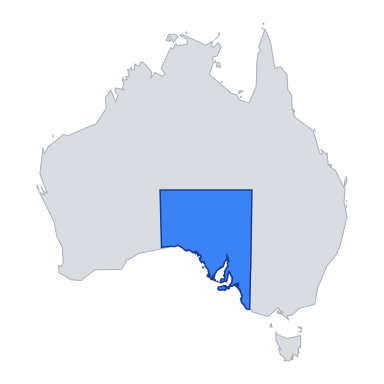 Australia, with South Australia highlighted
{"feature_id": "AUS-2655", "entity_name": "South Australia", "entity_type": "State", "adm_level": 1, "iso_a3": "AUS", "parent_name": "Australia", "parent_adm1": "", "projection": "equal_earth", "projection_center": [136.572, -32.035], "detail": "fine", "context": "in_parent", "style": "filled", "palette": "blue", "viewbox_px": 384, "rotation_deg": 0, "n_neighbors": 0, "source": "natural_earth", "source_scale": "10m", "svg_char_len": 9504}
<svg xmlns="http://www.w3.org/2000/svg" viewBox="0 0 384 384"><path d="M270.6,42.5L274.9,68.1L280.6,66.8L287.0,74.4L287.8,89.9L291.6,95.3L292.3,109.7L294.9,117.1L313.1,130.8L319.8,153.3L321.8,154.4L322.3,150.5L326.2,154.5L326.9,152.5L328.2,163.8L330.5,167.2L335.6,170.7L345.0,189.6L344.0,202.2L347.0,217.2L340.3,244.9L336.2,254.8L326.8,266.1L317.5,288.0L314.7,304.3L299.6,308.2L291.9,315.1L287.3,315.7L288.4,319.6L281.5,313.9L282.6,312.5L282.2,311.1L280.9,311.1L278.4,313.6L276.7,312.0L279.7,309.7L278.1,307.8L268.0,316.6L253.0,312.2L241.3,301.6L241.0,293.2L235.6,285.6L237.9,285.9L237.9,283.6L229.8,285.9L232.3,280.2L229.2,271.8L226.2,281.3L220.3,282.3L221.3,279.1L224.1,279.1L228.1,266.1L227.0,256.2L223.0,266.5L217.0,270.5L213.0,276.6L213.6,279.8L211.3,279.3L207.4,275.9L209.8,275.9L208.1,269.8L204.3,262.9L201.2,262.0L200.7,255.9L177.5,245.5L138.8,253.4L126.7,260.5L121.6,269.4L94.7,269.9L80.8,280.5L70.9,279.8L59.2,272.7L58.5,265.4L61.3,266.6L63.3,262.3L62.3,247.4L56.8,236.1L54.1,221.9L39.3,191.9L44.5,195.1L40.9,185.9L43.4,191.3L47.2,193.0L39.9,173.9L43.0,147.5L44.3,153.7L48.3,146.9L63.3,134.7L68.7,135.4L96.3,123.7L106.4,108.0L105.4,97.7L110.8,90.3L115.8,101.7L118.1,95.4L114.9,90.8L115.8,88.0L125.0,89.9L122.1,88.8L123.9,84.2L122.2,80.2L127.1,79.7L125.3,76.7L129.4,76.3L127.9,72.0L131.3,67.1L131.7,70.0L134.5,69.6L134.7,64.1L138.8,66.1L141.4,61.6L145.8,64.7L151.8,72.4L150.8,78.5L154.8,72.6L163.2,76.5L164.8,73.2L161.1,68.5L170.7,47.6L172.7,49.0L176.0,43.7L177.2,45.9L187.3,44.3L187.0,39.2L180.2,35.5L181.3,34.2L205.8,45.1L212.9,41.1L211.1,45.2L214.1,47.5L217.8,42.5L221.0,46.7L217.2,56.1L212.9,56.9L213.1,63.7L209.2,74.2L231.2,93.2L237.2,95.2L239.1,99.7L249.0,102.8L256.2,86.4L256.9,62.2L258.1,53.1L260.6,50.9L258.7,46.7L265.0,29.1L270.6,42.5ZM275.8,333.9L287.0,338.5L300.6,335.6L300.7,348.2L299.9,346.0L298.5,348.6L297.7,356.8L293.1,353.5L289.7,361.0L284.0,360.4L285.2,358.3L280.4,354.7L278.6,348.4L280.8,349.5L275.9,340.6L275.8,333.9ZM168.7,34.3L175.8,34.3L178.0,37.0L173.3,42.2L168.7,34.3ZM217.8,288.6L229.4,288.2L224.4,290.3L217.8,288.6ZM219.2,62.3L220.6,67.5L216.2,66.6L216.9,62.9L219.2,62.3ZM344.4,187.4L344.4,181.7L346.3,177.0L346.8,180.4L344.4,187.4ZM297.9,326.5L301.6,327.5L301.6,329.3L297.9,326.5ZM168.0,35.9L170.6,41.0L166.1,40.7L168.0,35.9ZM272.0,327.2L269.8,326.8L271.1,323.7L272.0,327.2ZM242.7,91.1L240.6,92.6L238.4,93.5L239.5,90.6L242.7,91.1ZM39.2,190.5L37.3,187.8L37.0,185.2L37.3,185.1L39.2,190.5ZM300.7,331.0L302.1,332.2L299.4,331.2L300.7,331.0ZM329.7,164.6L331.3,164.6L331.1,167.1L329.7,164.6ZM292.8,109.4L294.7,111.0L294.3,111.9L292.8,109.4ZM292.7,357.9L292.8,359.9L291.4,359.3L292.7,357.9ZM346.3,204.3L346.3,207.4L346.1,207.4L346.3,204.3ZM186.6,34.1L185.5,32.7L186.2,31.9L186.6,34.1ZM219.4,34.4L217.7,37.0L219.7,32.4L219.4,34.4ZM346.7,200.6L345.9,201.6L346.5,200.5L346.7,200.6ZM221.9,82.0L221.0,82.6L221.5,81.3L221.9,82.0ZM215.7,62.1L214.5,62.4L215.2,60.8L215.7,62.1ZM53.3,134.8L53.1,136.9L52.5,136.7L53.3,134.8ZM262.9,27.9L262.8,29.7L262.4,28.4L262.9,27.9ZM280.8,311.8L281.1,312.8L280.7,312.5L280.8,311.8ZM217.2,37.7L214.9,39.5L217.3,37.3L217.2,37.7ZM128.0,69.4L127.2,70.7L127.7,69.2L128.0,69.4ZM293.6,356.5L292.9,356.9L293.3,356.1L293.6,356.5ZM241.6,97.2L240.4,97.2L241.0,96.1L241.6,97.2ZM123.5,78.8L122.8,79.5L122.8,77.8L123.5,78.8ZM299.3,352.2L298.3,352.8L298.6,351.7L299.3,352.2ZM263.7,23.0L263.6,24.3L262.9,23.7L263.7,23.0ZM280.2,313.2L281.2,314.1L279.6,313.8L280.2,313.2ZM315.3,130.7L314.5,130.8L314.9,129.4L315.3,130.7ZM321.6,150.3L321.2,150.3L321.5,149.2L321.6,150.3ZM276.4,332.4L276.1,333.2L275.9,332.2L276.4,332.4Z" fill="#d9dde1" stroke="#a8b0b8" stroke-width="1"/><path d="M200.4,255.4L199.9,254.9L199.5,255.1L199.3,255.0L198.9,255.5L198.5,255.4L198.2,255.8L197.9,255.9L197.8,255.7L197.9,254.8L198.1,254.4L198.3,254.7L198.5,254.3L197.6,252.9L197.2,253.1L197.1,252.6L196.6,252.4L196.6,252.1L196.4,251.9L196.5,251.7L196.3,251.5L195.8,251.5L195.6,252.2L195.1,251.9L195.0,251.6L194.6,251.8L194.6,252.0L195.0,252.2L195.1,252.5L194.7,252.4L194.5,252.6L193.7,252.4L193.5,252.6L192.9,252.3L192.6,252.4L191.7,251.4L191.3,251.6L191.2,251.2L189.8,250.0L187.8,249.9L187.5,250.0L187.4,250.3L187.6,250.7L187.5,250.8L186.9,250.6L186.4,250.8L185.7,250.8L185.2,250.4L184.5,249.6L182.3,247.8L180.4,246.6L177.8,245.3L177.4,245.3L176.4,246.0L174.9,246.6L170.2,246.2L169.6,246.4L168.6,246.4L167.1,246.7L165.5,246.7L164.9,246.9L163.0,247.1L162.6,247.3L161.5,247.4L160.1,190.0L251.9,190.0L250.7,270.4L250.5,270.0L249.7,309.4L247.7,309.4L247.1,309.2L246.1,308.2L245.7,308.0L245.4,307.7L245.2,307.0L244.6,305.6L243.6,304.7L243.8,304.6L243.7,304.2L243.1,303.9L243.0,304.0L242.8,303.9L241.4,301.8L241.0,301.0L241.3,300.7L241.0,299.8L240.9,299.3L240.5,298.8L241.6,298.1L241.8,297.8L242.0,297.0L241.9,295.6L241.0,293.2L239.9,290.4L239.5,290.0L239.1,289.2L237.2,287.2L235.2,285.5L235.5,285.4L235.8,285.6L239.0,288.9L239.9,290.1L240.6,291.8L240.6,291.4L240.1,289.8L239.2,288.6L238.8,288.4L237.1,286.6L236.1,285.8L236.1,285.5L236.3,285.5L236.4,285.1L236.8,284.8L237.5,285.2L237.4,285.9L237.7,286.1L237.4,286.5L237.5,286.6L238.0,286.7L238.3,286.6L238.4,285.7L237.4,284.9L237.9,284.6L238.4,284.7L238.6,284.4L238.4,284.1L238.5,283.6L238.4,283.5L238.1,283.8L238.0,283.4L237.8,283.2L237.1,283.0L237.3,283.1L237.2,283.3L236.6,283.7L236.0,283.7L235.5,284.0L235.5,284.4L236.0,284.8L236.0,285.0L235.2,284.8L234.9,284.5L234.3,284.6L234.5,284.9L235.1,284.9L235.4,285.1L235.6,285.1L235.8,285.2L235.7,285.2L234.8,285.4L234.4,285.2L233.9,285.2L233.2,285.4L232.9,285.9L232.4,286.2L231.7,286.3L230.5,286.2L230.0,286.5L229.6,286.3L229.3,286.0L229.5,285.2L230.4,284.7L231.1,283.7L231.7,283.3L231.8,282.5L232.0,282.1L231.9,281.7L231.9,281.0L232.3,280.3L232.1,278.7L232.2,277.9L232.2,277.7L232.5,277.8L232.6,278.0L232.6,277.8L232.5,277.4L231.8,276.9L231.7,276.4L231.2,275.9L231.0,275.3L230.7,275.1L230.2,273.3L230.1,273.0L229.7,272.7L229.7,272.3L229.1,271.4L228.6,272.6L228.8,273.2L228.0,274.2L227.7,275.3L227.7,275.9L227.9,276.3L227.6,276.9L227.6,277.7L227.2,278.6L226.9,279.7L226.9,280.3L226.7,280.5L226.7,281.2L226.1,281.7L225.3,281.2L224.3,281.1L223.6,281.6L222.9,281.6L222.4,282.3L221.5,282.1L220.5,282.8L220.3,282.8L220.0,282.4L220.1,281.9L220.7,281.4L220.9,280.9L220.7,280.2L221.0,279.9L221.0,279.6L221.3,279.0L222.2,279.2L223.1,279.0L224.1,279.5L224.5,279.1L224.5,278.0L225.0,276.2L224.7,275.3L224.7,274.7L224.2,274.8L224.8,273.7L224.8,272.5L224.5,271.7L224.9,271.6L225.2,271.0L225.3,270.7L225.1,270.3L225.8,269.4L225.6,269.0L226.5,268.1L226.9,267.2L227.1,267.2L227.7,266.2L227.9,266.1L227.9,266.5L228.1,266.4L228.1,265.5L227.6,264.3L227.6,263.9L227.3,263.2L227.2,262.9L227.5,262.2L228.3,261.8L228.9,261.7L228.9,261.2L228.7,260.6L228.3,260.4L227.9,258.3L227.9,258.1L228.2,257.9L227.8,257.5L227.5,257.4L227.5,256.9L227.2,256.4L227.3,256.1L227.1,256.0L227.0,255.6L226.8,256.2L226.8,257.3L227.1,257.7L227.2,258.8L227.0,259.5L226.8,259.5L227.0,260.2L226.6,260.3L226.2,259.9L225.9,260.0L225.6,260.3L225.6,260.7L225.0,261.4L224.6,261.7L224.4,262.5L224.1,263.2L223.9,264.4L223.5,265.3L222.9,266.8L222.3,267.3L221.3,267.5L220.8,267.1L220.3,267.8L220.9,267.8L220.3,268.2L219.8,268.3L219.1,268.9L218.3,269.2L218.1,269.4L218.1,269.7L216.5,270.9L216.4,271.4L215.5,273.2L214.8,273.6L214.7,273.9L214.8,274.1L214.6,274.3L214.7,274.9L214.6,275.4L214.3,274.9L213.4,275.4L213.2,275.9L213.4,276.4L213.3,276.6L213.0,276.3L212.9,276.7L212.8,277.1L213.0,277.5L212.6,277.7L212.4,278.0L212.5,278.2L212.9,278.2L213.4,277.7L213.7,277.8L213.8,277.4L214.0,277.4L213.9,278.2L213.6,278.7L213.9,279.7L213.6,280.0L213.4,279.9L213.3,279.5L212.8,279.2L212.5,278.7L212.2,278.5L211.9,278.6L211.7,278.9L211.5,279.1L211.6,279.4L211.1,279.5L210.9,278.8L209.9,277.3L209.1,276.9L208.8,276.9L209.0,276.4L208.6,276.0L208.2,275.7L207.4,276.1L207.6,275.1L208.0,274.4L208.0,275.0L208.9,275.3L208.7,275.7L209.0,275.9L209.0,276.1L209.2,276.3L209.5,276.5L210.2,276.2L209.7,276.0L209.7,275.5L209.5,275.8L209.3,275.7L209.2,275.2L209.4,275.1L209.4,274.8L209.1,274.2L209.0,272.9L208.7,271.9L208.4,271.9L208.2,271.5L208.5,271.3L208.4,270.3L207.8,269.1L207.5,268.9L206.5,267.7L205.2,266.6L205.3,266.5L205.3,266.3L205.4,265.7L205.4,265.1L205.0,263.8L204.0,262.7L204.4,262.6L204.2,262.1L203.3,261.8L203.2,262.1L203.7,262.2L203.9,262.6L203.6,262.8L203.4,262.3L202.5,261.9L201.8,262.1L201.6,261.9L201.5,262.4L201.1,262.0L200.7,260.8L200.2,260.8L200.1,260.6L200.5,260.4L200.4,259.8L200.2,259.8L199.5,259.7L199.4,259.5L199.9,259.0L199.9,258.7L199.5,257.7L200.6,257.7L200.4,258.1L200.4,258.3L200.5,258.4L201.2,257.2L201.0,256.3L200.4,255.4ZM229.4,287.8L229.4,288.3L229.1,288.4L228.8,288.8L228.5,288.8L228.0,288.4L227.2,288.3L225.8,288.8L225.6,289.1L225.7,289.5L225.6,289.9L224.5,290.4L223.9,289.7L222.8,289.4L222.5,289.6L222.4,289.9L222.2,290.0L221.3,289.8L220.6,290.1L220.2,289.9L219.1,290.2L218.7,289.4L218.2,289.2L217.8,288.8L218.1,287.7L218.1,287.4L218.9,287.2L219.7,286.8L221.7,286.5L223.2,285.9L223.6,285.6L224.4,285.9L224.6,285.7L225.7,285.6L225.8,285.8L225.5,285.9L225.4,286.2L225.9,286.3L225.4,287.0L225.6,287.1L226.2,287.3L226.9,287.1L227.0,287.7L227.1,287.8L227.5,287.6L227.8,287.0L228.0,287.0L228.9,287.3L229.1,287.8L229.4,287.8ZM214.8,279.4L215.3,280.3L215.3,280.7L215.0,280.6L214.9,279.9L214.5,279.4L214.8,279.4ZM195.7,253.7L195.5,253.4L195.8,253.0L196.5,252.8L196.1,253.0L196.0,253.5L195.7,253.7ZM203.0,267.2L203.1,267.6L202.8,267.7L202.6,268.1L202.6,267.4L203.0,267.2ZM223.9,274.8L223.9,275.0L223.8,275.4L223.7,275.2L223.9,274.8ZM217.1,281.4L217.3,281.3L217.5,281.6L217.1,281.6L217.1,281.4Z" fill="#3b82f6" stroke="#1e3a8a" stroke-width="1.5"/></svg>